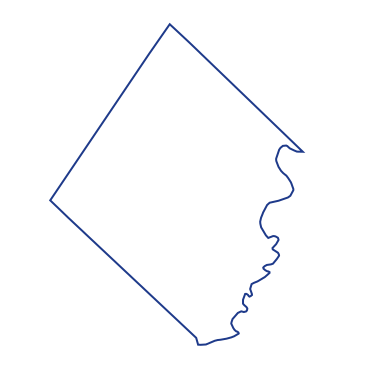 Fannin, Texas, United States of America (Albers equal-area conic projection), rotated 133°
{"feature_id": "52423323B62023249377371", "entity_name": "Fannin", "entity_type": "district", "adm_level": 2, "iso_a3": "USA", "parent_name": "United States of America", "parent_adm1": "Texas", "projection": "albers", "projection_center": [-96.114, 33.614], "detail": "fine", "context": "isolated", "style": "outline", "palette": "blue", "viewbox_px": 384, "rotation_deg": 133, "n_neighbors": 0, "source": "geoboundaries", "source_scale": "gbopen_adm2", "svg_char_len": 1455}
<svg xmlns="http://www.w3.org/2000/svg" viewBox="0 0 384 384"><g transform="rotate(133 192 192)"><path d="M120.1,317.6L294.8,290.0L295.2,265.0L295.8,89.5L299.5,83.4L297.8,81.4L294.0,77.8L285.3,73.9L282.8,72.3L280.5,70.3L275.7,66.7L271.5,64.1L268.8,62.8L263.8,61.3L263.5,61.4L263.1,62.4L263.2,63.5L263.7,64.5L263.8,65.3L263.8,67.0L263.3,69.1L261.5,73.5L260.3,74.3L257.3,75.7L249.2,76.0L245.7,74.6L244.4,72.2L242.5,71.0L241.5,71.0L240.6,71.3L239.4,72.2L239.0,73.8L239.1,76.4L239.0,78.0L238.8,78.6L236.0,81.2L230.3,83.6L229.6,83.0L229.3,82.3L229.1,80.9L229.4,79.5L229.3,78.6L228.1,78.1L226.4,77.9L225.7,78.7L223.3,83.3L218.7,85.6L216.1,84.7L212.7,83.1L204.4,80.7L198.3,80.1L197.7,80.7L197.8,81.1L198.0,81.9L198.6,82.7L199.2,84.9L199.3,87.4L198.6,88.4L196.7,88.3L194.3,87.5L191.1,84.9L189.2,83.9L182.8,84.3L179.2,84.9L178.4,85.9L177.8,87.7L178.9,93.8L178.1,94.9L172.7,94.9L168.1,96.0L167.7,96.4L166.9,98.0L167.5,100.6L168.4,102.1L169.2,102.8L170.3,103.3L171.7,104.0L173.6,104.9L173.3,108.4L170.7,117.3L168.6,120.4L167.2,121.9L163.8,123.9L159.9,125.4L158.5,126.0L150.3,128.2L146.9,127.9L139.3,122.7L130.6,118.1L127.7,117.5L121.6,119.1L120.7,119.9L118.0,125.1L117.4,126.5L116.2,131.2L115.7,134.1L116.0,138.0L115.8,141.3L114.6,145.9L111.9,151.4L111.1,152.4L110.2,153.2L101.6,157.1L99.3,157.4L96.3,157.0L93.8,154.8L93.4,153.6L93.4,150.3L91.9,145.5L90.9,142.8L87.0,138.4L84.5,295.6L84.5,322.7L120.1,317.6Z" fill="none" stroke="#1e3a8a" stroke-width="2"/></g></svg>